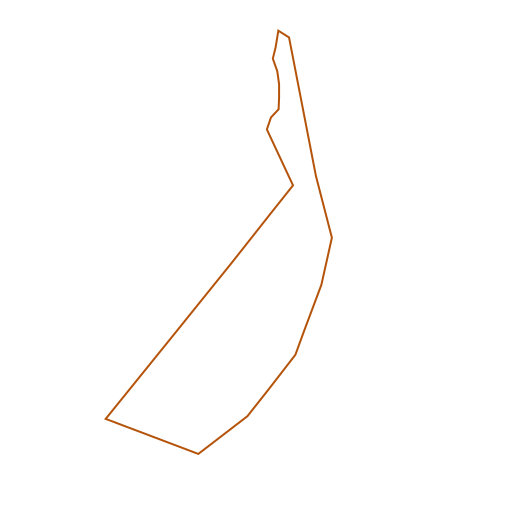 Borborema, Paraíba, Brazil (Albers equal-area conic projection), rotated 296°
{"feature_id": "56859067B85687691204770", "entity_name": "Borborema", "entity_type": "district", "adm_level": 2, "iso_a3": "BRA", "parent_name": "Brazil", "parent_adm1": "Paraíba", "projection": "albers", "projection_center": [-35.582, -6.792], "detail": "fine", "context": "isolated", "style": "outline", "palette": "amber", "viewbox_px": 512, "rotation_deg": 296, "n_neighbors": 0, "source": "geoboundaries", "source_scale": "gbopen_adm2", "svg_char_len": 486}
<svg xmlns="http://www.w3.org/2000/svg" viewBox="0 0 512 512"><g transform="rotate(296 256 256)"><path d="M43.7,192.3L45.4,210.8L52.8,290.9L108.2,318.5L141.7,325.8L184.5,334.7L211.5,331.9L258.7,327.4L305.7,316.2L334.5,291.6L354.3,274.7L466.9,189.9L468.3,177.3L452.0,182.2L440.8,184.6L431.3,194.2L420.6,201.4L408.5,207.3L397.8,212.0L387.1,208.7L374.5,210.3L335.7,258.3L301.0,250.6L240.8,237.5L179.1,223.4L155.4,218.0L43.7,192.3Z" fill="none" stroke="#b45309" stroke-width="2"/></g></svg>